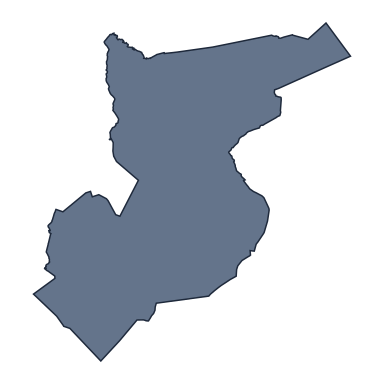 Valkenswaard, Noord-Brabant, Netherlands (Natural Earth projection)
{"feature_id": "6326949B31690191590270", "entity_name": "Valkenswaard", "entity_type": "district", "adm_level": 2, "iso_a3": "NLD", "parent_name": "Netherlands", "parent_adm1": "Noord-Brabant", "projection": "natural_earth1", "projection_center": [5.439, 51.32], "detail": "fine", "context": "isolated", "style": "filled", "palette": "slate", "viewbox_px": 384, "rotation_deg": 0, "n_neighbors": 0, "source": "geoboundaries", "source_scale": "gbopen_adm2", "svg_char_len": 5701}
<svg xmlns="http://www.w3.org/2000/svg" viewBox="0 0 384 384"><path d="M100.8,361.0L119.6,340.7L137.0,320.0L143.4,319.9L143.9,320.0L145.3,320.4L145.5,320.6L147.0,320.9L148.5,320.9L150.5,317.7L151.1,316.6L151.7,315.6L153.6,313.5L155.0,310.2L155.1,308.4L155.2,307.0L156.3,303.2L208.8,296.1L210.5,294.1L214.6,290.6L218.1,287.8L221.0,285.6L230.1,279.6L236.2,276.2L236.6,269.6L237.8,265.8L242.0,260.5L247.6,257.0L249.9,255.7L250.0,255.4L250.5,255.1L250.1,250.6L252.9,251.0L254.3,251.1L256.1,244.4L256.3,244.0L257.8,242.1L263.3,233.9L263.8,233.1L264.2,232.3L267.5,221.1L269.1,210.5L269.1,209.7L269.0,209.0L268.9,208.4L267.8,206.0L264.1,198.1L263.8,197.6L262.2,196.1L261.7,195.7L259.9,194.8L256.2,192.8L253.6,191.6L249.9,189.0L249.3,188.3L247.9,186.3L247.4,185.8L243.8,181.1L243.5,180.6L243.6,180.4L244.7,180.1L245.1,179.9L243.4,178.2L242.4,177.5L241.3,176.1L241.1,175.6L241.3,174.9L241.2,174.5L241.1,174.3L240.8,173.9L240.1,173.7L239.5,173.3L236.8,171.0L236.5,170.6L235.9,168.2L235.3,166.8L235.2,165.2L234.4,163.2L233.7,162.1L233.7,161.7L234.1,161.4L234.3,161.2L234.3,160.8L234.1,160.0L233.9,159.7L233.2,159.3L232.3,158.4L232.2,158.2L231.9,156.4L231.7,155.9L231.5,155.7L230.9,155.7L230.2,154.4L229.0,153.0L228.7,152.3L228.7,152.1L228.9,151.8L229.2,151.6L229.8,151.0L230.5,150.5L230.9,150.0L231.1,149.8L231.5,148.6L231.9,147.9L232.2,147.6L233.1,147.6L233.3,147.4L234.0,146.4L234.8,145.5L235.6,144.7L237.2,143.4L237.8,142.7L238.0,142.5L239.1,139.0L239.5,138.4L240.4,137.5L242.1,136.3L243.3,135.9L243.8,135.6L244.6,134.8L245.5,134.4L245.8,134.1L246.5,133.0L247.5,132.2L248.5,131.5L249.2,131.3L250.0,131.1L253.7,129.6L256.3,128.8L259.2,128.0L259.5,127.8L260.1,126.2L260.5,125.7L261.0,125.4L261.9,125.2L262.6,125.3L263.2,125.1L264.6,124.1L275.3,118.1L276.5,117.4L277.2,116.8L278.7,116.0L279.4,115.8L279.7,115.7L279.9,115.4L280.7,112.5L280.6,111.4L280.4,110.7L281.2,99.9L281.1,97.8L281.0,97.5L280.6,97.2L278.8,96.9L277.9,96.7L277.1,96.3L276.0,96.1L275.7,95.9L275.7,95.7L275.8,95.4L275.8,95.2L274.9,94.1L274.7,93.8L274.3,92.5L274.6,89.8L278.4,88.5L281.3,87.2L324.0,68.0L350.5,56.2L326.0,23.0L324.8,24.1L308.0,39.3L292.8,35.2L292.5,34.8L283.8,37.1L280.7,38.2L279.5,38.2L279.3,38.0L278.8,38.1L278.5,37.1L278.4,36.8L277.5,36.4L276.8,36.3L276.5,36.2L276.2,35.9L275.9,35.9L275.6,36.3L275.2,36.3L274.2,36.2L273.0,35.9L272.1,35.4L271.6,35.2L212.6,47.1L177.1,52.1L171.9,52.7L164.3,53.5L164.2,52.7L163.9,52.7L156.6,54.6L155.8,55.2L152.4,57.0L150.5,58.2L150.4,57.9L148.0,58.7L146.6,58.0L146.4,58.3L146.1,58.9L145.8,58.6L145.2,58.4L144.4,58.3L143.8,58.3L144.1,57.5L143.3,55.2L142.4,54.2L141.9,53.0L141.6,52.4L141.3,52.5L141.0,52.2L139.6,51.4L138.5,51.2L136.5,50.4L135.9,49.8L135.1,49.3L134.7,49.4L134.3,49.9L134.1,49.9L133.0,49.2L133.8,49.0L134.0,48.9L134.1,48.5L134.0,48.2L133.6,48.0L132.8,48.2L132.7,48.2L132.5,47.5L132.2,47.2L131.2,47.4L129.7,47.2L128.4,47.1L127.4,46.7L127.3,46.4L127.9,45.8L128.2,45.0L128.2,44.6L128.1,44.4L126.9,43.7L126.7,43.4L126.4,42.8L126.3,42.7L126.1,42.8L125.5,43.2L125.2,43.3L124.8,43.2L123.7,42.5L124.0,41.9L123.9,41.8L123.7,41.9L123.1,42.3L122.8,42.3L122.8,42.1L123.5,41.0L123.5,40.7L123.3,40.4L122.6,40.1L122.1,39.4L121.6,39.4L120.5,39.6L119.4,39.1L118.8,39.1L118.3,39.7L117.9,39.7L116.8,38.3L116.6,38.0L116.5,37.6L116.7,37.3L117.4,37.0L117.3,35.8L116.9,35.4L116.5,35.3L115.2,35.5L115.0,35.3L115.1,34.7L114.0,34.7L114.0,33.5L114.0,33.2L113.4,33.3L112.4,33.7L112.0,34.3L111.7,34.7L110.6,34.4L109.9,34.7L109.4,35.6L108.5,36.5L107.3,37.9L106.5,39.0L104.4,41.5L104.2,42.1L104.4,42.6L104.9,43.6L105.8,44.9L106.6,45.6L107.2,46.4L109.0,49.3L108.9,49.7L108.6,50.8L108.3,51.5L107.8,52.1L107.6,53.1L107.3,53.5L107.2,55.7L107.6,56.5L107.4,58.1L107.4,59.2L106.9,60.9L106.5,61.6L106.6,63.8L106.7,64.3L107.1,65.1L107.1,66.1L106.9,67.6L107.0,68.6L106.9,69.0L106.4,69.5L106.2,69.9L106.2,70.1L106.4,70.5L107.2,71.0L107.4,71.5L107.2,73.0L106.4,73.5L106.2,74.0L106.2,74.3L106.4,75.0L106.6,76.0L106.7,76.4L106.7,76.6L106.6,77.7L106.1,78.6L106.2,80.3L106.2,80.7L106.5,81.6L107.0,82.6L107.5,83.3L108.6,85.1L108.9,86.0L109.2,86.5L109.3,86.8L108.5,88.5L108.5,88.9L108.7,89.8L110.3,93.5L111.4,94.9L112.5,95.8L114.3,97.9L114.7,98.6L114.8,99.2L114.7,99.8L113.2,103.2L113.0,104.0L113.4,104.9L113.5,105.2L113.3,106.1L113.3,106.5L113.0,107.7L113.0,107.9L113.3,108.6L113.3,109.4L112.9,110.0L112.9,110.4L114.8,112.8L117.0,116.2L118.5,118.8L118.6,119.3L118.5,119.9L118.0,121.8L118.1,122.2L117.8,122.9L117.4,123.2L116.4,123.4L116.1,123.6L115.9,124.0L115.9,124.8L115.8,125.3L115.5,125.7L114.4,127.0L112.8,127.6L112.4,127.9L110.3,131.6L109.9,132.8L110.0,133.2L110.2,133.6L110.3,134.8L110.5,138.5L110.1,138.9L109.5,139.3L109.8,139.7L110.1,139.7L110.7,139.4L111.2,138.8L113.2,142.6L113.1,147.5L112.9,151.0L113.7,156.2L116.5,161.5L138.4,180.3L119.9,216.2L115.7,214.7L108.0,200.6L106.4,198.7L98.8,194.7L92.3,196.8L90.5,191.4L85.8,192.9L62.9,211.8L56.0,209.4L55.7,210.0L55.1,211.9L54.7,212.5L54.1,214.1L53.6,215.9L53.4,216.6L53.3,217.1L53.1,217.5L52.7,219.0L52.3,220.1L52.0,220.6L52.0,221.1L51.9,221.5L51.2,222.6L48.7,224.9L48.1,225.7L48.1,226.2L48.2,226.9L49.1,228.0L49.2,228.4L49.4,228.6L49.6,229.2L50.0,229.9L50.2,230.5L50.0,230.8L49.9,230.8L49.2,230.4L49.0,230.5L48.8,230.6L49.3,232.6L50.9,233.6L50.7,233.9L50.6,234.2L48.6,242.6L48.2,243.8L48.2,244.3L47.1,248.5L46.3,251.7L46.3,252.1L47.3,253.8L48.1,255.5L48.9,257.0L48.9,258.1L49.0,258.4L49.3,258.9L49.4,259.2L49.3,261.7L49.6,262.0L49.4,262.4L48.6,263.1L48.5,263.5L47.5,264.1L46.6,264.5L46.3,264.8L45.9,265.8L45.8,266.1L45.8,266.3L46.1,266.5L45.5,267.4L45.8,268.0L44.9,267.8L44.6,268.6L47.1,270.7L47.7,270.9L54.2,275.6L54.6,275.9L54.8,276.2L54.9,278.4L33.5,294.1L56.7,316.2L63.3,325.5L63.7,326.3L69.9,328.4L100.8,361.0Z" fill="#64748b" stroke="#1e293b" stroke-width="1.5"/></svg>